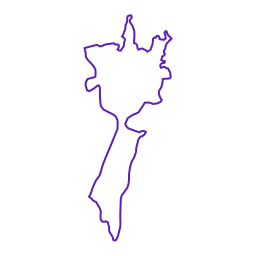 Kuching, Sarawak, Malaysia
{"feature_id": "92858781B71965080514918", "entity_name": "Kuching", "entity_type": "district", "adm_level": 2, "iso_a3": "MYS", "parent_name": "Malaysia", "parent_adm1": "Sarawak", "projection": "equal_earth", "projection_center": [110.334, 1.429], "detail": "fine", "context": "isolated", "style": "outline", "palette": "violet", "viewbox_px": 256, "rotation_deg": 0, "n_neighbors": 0, "source": "geoboundaries", "source_scale": "gbopen_adm2", "svg_char_len": 2963}
<svg xmlns="http://www.w3.org/2000/svg" viewBox="0 0 256 256"><path d="M85.6,85.1L86.7,89.0L87.1,90.4L89.5,91.1L93.8,88.6L96.8,86.2L98.3,85.3L99.1,85.7L99.9,87.8L99.9,91.9L100.0,96.5L100.3,102.0L100.8,105.7L103.2,109.4L107.4,111.6L112.0,113.9L114.2,115.1L115.7,116.5L116.9,118.8L117.7,121.4L117.5,128.9L110.6,145.9L105.4,158.1L102.7,165.2L99.8,175.2L98.3,177.3L96.3,179.9L94.5,183.4L92.8,187.4L90.3,194.7L89.0,196.6L91.6,198.7L92.4,199.7L93.5,200.8L94.8,201.5L96.1,202.0L96.9,203.4L97.9,205.1L99.9,208.6L100.8,211.4L100.5,216.4L100.7,218.9L101.6,221.1L103.4,221.8L105.1,221.5L106.6,221.5L107.9,222.5L109.1,227.4L109.1,230.4L109.7,232.3L111.0,234.2L112.7,237.2L113.3,239.9L114.9,240.6L116.0,239.8L116.3,239.6L118.0,235.9L118.8,232.8L119.8,228.8L120.4,225.3L120.4,222.2L120.3,219.2L120.3,213.8L120.8,198.5L122.0,194.8L123.7,192.9L125.2,190.7L126.3,189.1L127.4,187.5L128.5,184.0L129.0,179.7L129.0,174.3L129.9,168.2L131.0,163.3L132.3,160.5L133.8,158.1L134.8,155.7L136.1,151.5L136.3,147.7L136.9,145.6L138.3,139.7L140.0,137.2L143.2,135.5L144.6,134.3L145.9,132.0L143.7,130.9L141.1,131.3L139.4,132.3L135.7,131.1L133.0,130.1L128.2,128.3L126.1,125.9L125.2,123.8L127.8,118.1L131.6,115.6L133.8,114.4L136.5,113.4L138.7,112.1L140.7,109.0L143.3,105.2L144.7,102.7L146.7,102.6L149.1,102.6L151.5,103.3L153.4,104.0L155.5,103.6L157.4,103.4L159.1,102.6L160.9,101.5L161.7,100.0L160.5,98.2L159.7,96.3L159.0,94.2L158.8,91.6L159.9,89.5L161.4,87.1L162.7,81.5L162.7,79.1L165.0,78.7L167.7,78.7L170.2,78.2L170.7,76.6L170.2,73.1L169.9,71.9L169.3,70.9L167.9,68.3L167.1,68.3L165.9,67.8L164.6,66.9L163.5,66.9L161.0,67.8L160.3,66.5L160.5,64.3L162.7,62.9L164.4,62.9L164.8,61.3L163.1,61.0L161.3,60.1L162.2,56.4L163.2,56.1L164.3,55.2L164.9,54.0L163.9,52.4L164.0,50.7L165.0,49.0L166.1,44.8L167.0,43.2L168.7,41.5L169.7,40.1L170.6,39.9L171.5,38.7L170.3,37.3L168.5,35.6L167.4,34.0L166.6,31.4L165.5,31.2L164.5,32.6L165.3,35.4L165.7,38.5L164.0,39.7L162.2,39.7L159.6,39.0L159.5,37.8L158.6,36.1L156.8,35.9L155.7,37.8L154.4,37.5L153.0,39.0L152.9,41.3L152.5,44.1L151.6,46.7L150.6,49.6L147.5,51.7L146.3,50.7L144.9,49.8L143.4,49.1L142.0,48.4L140.3,49.0L138.5,49.6L137.6,48.4L137.4,46.5L136.6,44.6L135.7,43.6L134.0,43.0L134.1,40.8L134.3,37.6L134.4,34.9L134.4,32.8L134.1,30.2L133.0,27.5L132.5,25.8L131.0,23.7L129.7,21.6L129.9,19.9L130.8,18.8L131.8,17.4L131.3,15.5L129.6,15.4L127.8,16.2L127.2,17.8L127.2,20.8L126.5,23.4L125.5,25.1L125.5,27.2L125.1,29.8L124.1,31.7L123.5,34.0L122.1,36.6L123.5,37.5L125.0,39.2L124.7,40.8L124.1,42.5L124.1,44.8L123.7,46.2L122.8,47.6L121.7,49.0L120.8,50.7L119.0,50.5L117.6,49.3L118.0,49.0L119.0,46.0L118.4,44.9L116.8,44.4L115.0,44.4L114.2,43.4L112.9,43.4L111.3,43.6L109.2,43.9L107.0,44.1L104.3,44.9L102.5,45.8L100.4,46.3L99.0,46.2L98.1,45.3L97.0,44.9L95.9,45.1L91.5,46.2L84.5,48.1L85.5,52.4L85.7,54.3L85.9,57.0L87.1,58.9L88.6,60.8L91.2,63.4L93.8,66.5L95.4,69.5L95.6,72.8L95.4,76.5L94.2,77.5L91.9,77.7L87.5,79.1L85.8,82.4L85.6,85.1Z" fill="none" stroke="#5b21b6" stroke-width="2"/></svg>